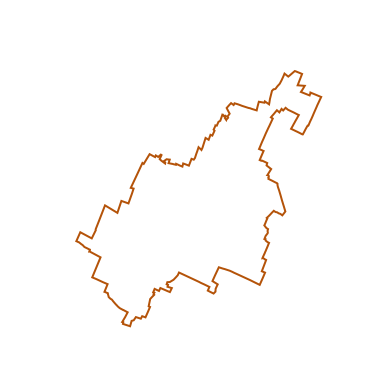 Peto, Yucatán, Mexico (Robinson projection), rotated 198°
{"feature_id": "50627088B37854102096410", "entity_name": "Peto", "entity_type": "district", "adm_level": 2, "iso_a3": "MEX", "parent_name": "Mexico", "parent_adm1": "Yucatán", "projection": "robinson", "projection_center": [-88.859, 20.051], "detail": "fine", "context": "isolated", "style": "outline", "palette": "amber", "viewbox_px": 384, "rotation_deg": 198, "n_neighbors": 0, "source": "geoboundaries", "source_scale": "gbopen_adm2", "svg_char_len": 5899}
<svg xmlns="http://www.w3.org/2000/svg" viewBox="0 0 384 384"><g transform="rotate(198 192 192)"><path d="M248.6,172.2L248.9,161.5L256.4,161.7L256.5,149.1L270.6,152.4L271.5,136.3L272.1,126.7L271.7,126.0L273.0,116.9L285.8,119.2L286.8,109.5L286.5,109.5L285.4,109.3L284.8,109.3L284.1,109.3L283.4,109.0L282.7,108.8L282.2,108.6L281.5,108.3L280.9,108.1L280.1,107.9L279.1,107.5L278.3,107.0L277.9,106.8L277.4,106.5L277.0,106.4L276.7,106.4L276.3,106.3L275.6,106.2L275.2,106.2L274.6,106.1L274.2,106.0L273.4,105.9L272.3,105.7L271.2,105.6L271.1,105.4L271.2,104.5L271.3,103.8L271.3,103.7L271.1,103.8L258.8,101.6L260.5,80.0L258.2,79.8L255.9,79.6L248.6,78.7L243.8,78.3L244.4,70.0L243.4,70.0L242.6,69.9L241.8,69.8L241.3,69.8L240.7,69.7L240.5,69.1L240.3,68.6L240.0,68.3L239.7,67.9L239.4,67.4L238.9,66.6L238.8,66.4L237.5,65.7L236.3,65.2L235.2,65.0L234.6,64.7L233.5,63.9L231.9,62.9L230.9,62.3L229.2,61.3L228.5,61.0L227.4,60.3L225.5,59.5L225.1,59.3L224.7,59.2L223.2,58.9L222.5,58.8L221.7,58.6L221.3,58.5L220.9,58.6L219.4,58.3L216.0,57.7L216.9,52.5L218.2,46.8L217.1,46.9L216.9,45.2L209.4,45.2L209.6,50.8L207.8,52.0L206.7,55.7L201.5,55.7L201.0,58.5L197.5,58.4L196.9,64.2L196.4,69.7L197.9,69.9L198.7,77.3L198.2,78.4L197.8,79.3L196.2,82.5L197.0,82.9L196.7,84.6L197.9,84.6L197.6,88.3L192.8,87.7L192.4,90.9L186.6,90.4L186.0,90.3L182.1,90.0L181.9,91.3L181.5,94.4L186.0,94.3L186.1,96.3L187.6,96.4L187.6,98.6L185.3,99.5L182.4,102.9L181.0,105.8L179.8,108.5L179.5,111.4L157.7,108.7L155.4,108.3L151.9,107.9L146.1,107.1L146.5,103.1L143.5,102.6L140.1,102.1L139.8,102.7L138.9,104.5L139.6,107.2L139.4,109.1L139.0,112.1L145.0,113.6L144.8,115.5L144.3,120.0L143.2,128.7L140.7,128.7L139.2,128.7L137.0,128.8L135.3,128.8L131.8,128.8L129.0,128.5L127.1,128.2L124.3,127.9L112.5,126.5L109.9,126.2L98.9,124.6L98.1,132.3L97.6,137.9L101.1,138.2L100.5,150.3L100.9,150.4L102.0,150.5L102.4,150.7L102.6,150.7L102.8,150.8L103.1,150.9L103.4,151.0L103.8,151.1L104.1,151.0L104.3,150.9L104.5,150.8L104.5,151.1L104.5,151.3L104.5,151.5L104.4,152.0L104.4,152.4L104.4,152.5L104.3,153.3L104.2,153.9L104.2,154.1L104.2,154.3L104.1,154.8L104.1,155.2L104.0,155.4L104.0,155.6L104.0,155.9L104.0,156.0L103.9,156.2L103.9,156.4L103.9,156.6L103.9,157.1L103.9,157.4L103.8,157.9L103.7,158.7L103.6,159.9L103.6,160.5L103.5,161.1L103.4,162.4L103.3,163.6L103.2,164.9L103.2,165.1L103.2,165.3L103.1,166.6L103.0,167.4L105.0,167.8L107.0,168.6L107.5,169.6L107.5,169.8L108.6,169.7L108.4,172.9L108.2,173.6L107.7,175.0L107.3,176.0L107.4,177.0L108.1,178.3L108.2,180.2L109.4,180.5L110.4,180.9L112.9,182.6L112.8,183.1L112.6,185.2L112.5,187.1L112.2,190.2L112.9,190.5L111.7,192.6L110.8,194.4L109.7,196.8L108.4,199.4L107.5,199.1L106.8,198.9L106.7,198.9L105.9,198.8L104.9,199.0L104.0,198.8L103.0,198.5L101.6,198.5L100.9,198.4L98.9,197.7L98.5,198.7L97.2,202.3L99.8,206.1L101.5,208.5L103.8,211.8L107.0,216.6L108.8,219.2L109.4,220.1L110.6,221.7L111.8,223.3L112.6,224.6L113.1,225.6L113.1,226.1L113.7,226.6L116.3,227.0L118.7,227.4L123.4,228.1L123.5,229.3L123.9,229.5L123.8,230.8L124.4,231.4L124.7,231.4L125.2,231.6L125.5,231.5L123.8,238.3L129.3,240.3L129.4,242.8L132.4,243.2L135.3,243.5L135.7,243.1L137.5,243.3L137.3,245.4L137.3,245.5L137.0,249.0L136.6,253.1L136.8,253.1L138.2,253.3L140.0,253.5L141.5,253.6L141.4,254.5L140.8,261.8L140.7,262.6L140.5,264.4L140.4,265.3L139.9,270.7L139.2,276.4L138.8,279.2L137.9,286.8L140.0,287.4L139.5,288.7L138.2,291.7L137.7,293.0L136.5,296.0L133.5,294.7L132.5,298.7L130.5,297.7L129.0,301.0L126.2,299.9L119.4,299.0L116.4,298.5L114.2,298.2L114.7,295.7L115.2,293.2L115.4,292.4L116.0,289.2L116.3,287.8L116.6,286.0L117.3,282.7L114.2,282.3L112.2,282.0L111.2,281.9L108.4,281.5L104.8,280.9L104.7,280.9L104.4,281.0L104.3,281.4L104.2,282.3L103.9,283.7L103.5,286.2L103.3,287.3L102.8,289.8L102.5,290.9L101.9,291.0L101.8,291.5L101.5,295.0L101.3,296.7L101.1,298.0L100.7,301.8L100.5,304.3L100.3,306.3L99.7,312.3L99.7,312.7L99.1,317.5L99.0,318.2L99.0,318.3L98.9,319.3L98.7,320.7L98.5,322.3L100.2,322.4L102.7,322.6L103.8,322.7L105.2,322.8L110.1,323.2L109.9,321.9L109.8,321.7L110.0,321.3L110.0,320.2L119.3,320.8L118.4,324.2L117.6,327.8L124.5,326.1L123.8,338.3L130.4,338.8L131.6,338.8L132.9,336.7L135.0,333.2L136.1,331.5L140.6,333.2L140.8,330.5L141.3,326.1L142.0,322.1L143.6,318.6L143.6,318.4L144.1,317.1L144.3,316.2L144.8,315.6L145.0,315.4L146.2,314.9L147.2,312.9L146.9,308.8L146.6,304.5L146.0,300.8L145.8,299.2L150.7,300.7L150.7,299.3L156.3,298.5L156.2,296.4L156.1,294.4L155.9,291.6L155.8,290.7L155.7,289.6L160.8,289.5L162.5,289.6L164.3,289.4L166.5,289.4L168.5,289.4L171.4,289.4L172.6,289.5L175.6,289.6L178.9,289.5L178.9,289.3L179.3,287.6L182.3,288.6L183.4,286.3L185.0,282.6L183.0,280.6L180.4,278.1L180.8,276.9L181.1,276.0L181.6,274.7L180.6,273.8L181.7,271.3L181.7,271.1L183.7,272.6L183.1,274.6L183.9,274.9L185.2,274.1L186.3,274.9L186.6,274.5L187.0,274.7L187.1,268.5L188.5,266.9L188.9,262.8L190.3,262.6L190.2,262.0L190.7,258.0L189.5,257.3L190.1,251.9L192.1,252.1L192.3,246.8L195.8,247.6L195.7,237.4L195.7,237.1L195.8,236.6L195.9,235.5L196.0,234.9L196.5,235.2L197.2,235.5L198.5,236.1L199.0,236.3L199.6,236.6L199.6,236.1L199.6,235.4L199.6,234.8L199.6,233.9L199.6,232.5L199.7,229.6L199.7,229.3L199.7,228.3L199.7,227.7L199.7,226.2L199.7,225.2L199.9,224.7L200.1,223.9L200.3,223.3L202.7,223.4L203.1,216.1L206.2,216.3L209.2,216.4L209.1,215.3L209.1,214.3L209.0,213.2L211.8,213.4L213.9,213.7L214.8,213.8L215.1,213.8L215.8,213.9L215.7,212.9L217.3,212.8L218.2,212.7L218.9,212.7L219.4,212.7L219.7,212.6L223.2,212.2L223.2,213.1L223.2,213.6L223.2,214.8L223.2,215.3L223.2,215.9L223.7,215.8L224.5,215.6L225.8,215.4L226.3,215.3L226.8,214.6L227.1,214.2L227.6,213.5L228.2,212.8L227.8,212.6L227.3,212.1L226.5,211.7L226.4,210.8L231.0,212.4L232.9,213.3L232.4,217.7L233.2,217.9L235.0,214.9L237.7,215.6L237.9,213.8L241.3,214.4L244.0,214.9L245.3,209.4L246.6,203.8L248.1,204.3L249.4,193.5L250.1,188.0L250.8,182.4L251.5,177.0L248.6,177.2L248.6,172.2Z" fill="none" stroke="#b45309" stroke-width="2"/></g></svg>